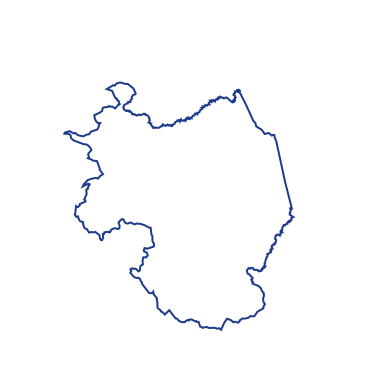 outline of Chon Daen, Phetchabun, Thailand, rotated 136°
{"feature_id": "78962969B86434442004691", "entity_name": "Chon Daen", "entity_type": "district", "adm_level": 2, "iso_a3": "THA", "parent_name": "Thailand", "parent_adm1": "Phetchabun", "projection": "orthographic", "projection_center": [100.793, 16.112], "detail": "fine", "context": "isolated", "style": "outline", "palette": "blue", "viewbox_px": 384, "rotation_deg": 136, "n_neighbors": 0, "source": "geoboundaries", "source_scale": "gbopen_adm2", "svg_char_len": 6034}
<svg xmlns="http://www.w3.org/2000/svg" viewBox="0 0 384 384"><g transform="rotate(136 192 192)"><path d="M243.3,322.6L240.7,320.0L240.0,318.2L240.0,317.1L241.5,314.9L241.4,311.4L236.9,302.0L234.7,299.1L234.3,296.8L234.6,293.5L235.2,292.1L239.7,291.7L240.9,290.8L241.9,288.5L243.4,288.5L241.6,285.0L241.6,283.7L238.9,280.2L242.2,272.7L242.9,272.4L243.7,266.6L246.5,267.3L250.3,267.0L251.1,268.7L254.5,271.0L258.8,273.0L264.6,272.7L266.8,271.9L260.9,270.1L260.3,268.6L263.9,267.6L264.5,266.6L266.5,267.1L269.2,263.7L274.8,261.5L274.5,259.9L275.2,259.1L281.1,261.3L282.0,260.4L284.3,260.4L284.9,260.9L285.2,262.4L290.8,257.7L292.1,257.2L292.5,254.6L290.9,253.5L292.0,252.0L292.8,248.9L291.3,246.0L292.5,244.9L294.4,240.7L293.4,238.4L294.2,234.2L292.4,233.3L290.4,230.9L289.3,230.5L288.5,225.4L290.6,222.3L290.8,220.5L290.2,219.8L287.7,220.8L285.3,223.7L284.4,222.9L283.0,223.8L280.2,221.9L279.2,220.0L278.0,220.1L277.2,221.0L274.6,220.6L272.4,219.3L271.1,216.9L269.5,216.4L267.6,217.9L265.9,221.2L261.5,221.3L260.3,219.9L261.2,217.7L261.3,215.5L260.2,214.0L257.3,212.7L255.8,208.6L253.9,207.9L251.2,204.9L249.2,201.1L247.6,196.1L246.6,195.0L250.8,189.4L251.2,187.6L254.4,184.4L255.3,181.1L257.3,179.3L263.5,182.2L265.0,184.5L265.6,183.9L266.8,184.0L267.8,182.4L266.6,179.7L267.9,177.1L270.4,176.8L271.8,178.5L272.9,178.7L276.0,176.3L277.4,174.1L280.4,174.6L284.2,171.8L285.6,172.0L285.9,176.2L287.6,177.5L288.4,178.9L290.1,179.1L290.6,177.3L292.5,176.7L292.7,170.9L291.6,168.8L290.1,167.4L289.9,165.3L290.9,163.1L290.8,161.9L291.8,160.3L293.0,149.0L290.8,146.8L289.1,147.2L290.6,144.9L291.0,139.9L291.9,139.4L293.4,136.8L297.0,133.1L297.3,131.4L296.8,129.0L297.3,127.5L296.6,125.7L296.7,122.7L290.5,122.8L291.6,112.3L290.6,111.2L291.0,109.1L290.1,106.1L288.1,103.7L284.6,103.2L283.4,102.4L283.4,101.8L282.5,102.0L280.7,100.4L279.5,96.4L278.6,96.1L278.5,94.9L277.5,94.0L279.6,89.5L278.8,88.2L278.8,87.0L275.3,84.9L274.3,82.5L269.9,78.4L268.9,76.2L267.2,75.3L266.8,72.7L260.0,75.4L254.8,76.5L252.9,72.5L252.8,69.6L251.4,69.1L249.8,66.2L247.9,65.8L247.1,66.6L245.6,66.1L244.2,66.3L241.3,63.8L238.2,62.2L236.1,62.2L234.4,59.9L233.4,59.4L228.1,60.4L221.5,58.8L220.2,59.9L217.4,60.7L217.0,63.2L215.0,65.9L211.9,67.6L211.5,69.0L210.6,69.3L210.3,72.9L209.3,74.7L209.4,78.2L212.1,84.0L210.7,84.6L211.1,85.7L210.1,86.8L210.3,87.7L208.3,87.8L207.9,88.5L208.3,91.5L207.8,92.7L208.7,94.7L206.9,97.6L204.1,97.9L203.6,96.5L202.7,96.7L201.6,96.0L201.5,94.8L200.9,94.4L201.4,92.7L199.3,90.9L199.2,88.9L198.5,88.9L198.6,88.2L197.6,87.4L195.8,87.9L195.9,87.2L195.3,87.3L193.9,87.7L193.7,88.3L192.9,88.1L192.6,87.3L191.5,87.3L190.8,87.5L191.2,88.7L190.6,88.6L189.4,90.2L188.8,90.1L186.5,91.8L184.5,92.5L184.2,93.1L182.1,93.5L180.9,95.1L180.1,94.3L178.2,94.5L177.1,93.8L176.1,95.8L175.4,95.9L175.1,95.1L173.8,96.2L173.3,95.5L172.1,97.9L170.4,97.8L169.7,97.0L168.4,97.9L167.8,97.0L164.8,99.0L164.8,100.6L162.4,102.3L161.7,102.0L161.1,102.5L159.7,101.7L159.2,100.0L158.8,100.6L157.6,99.9L156.2,101.6L155.3,100.7L155.4,101.8L154.4,101.6L154.4,102.5L153.2,102.3L151.3,103.9L150.0,103.8L149.0,104.5L148.1,103.4L147.5,103.8L145.4,102.9L145.1,103.6L144.0,103.8L142.7,102.5L141.6,102.7L141.8,103.6L139.8,102.8L138.8,104.2L136.5,103.6L137.4,107.8L136.1,109.1L135.7,108.8L134.3,110.1L133.3,110.3L132.7,112.1L132.0,111.9L131.6,111.0L130.8,112.2L118.2,134.3L96.1,170.0L94.7,173.6L93.3,175.5L93.5,176.4L95.4,177.2L95.8,181.1L99.4,183.3L98.6,188.2L100.2,194.5L98.4,197.8L98.5,200.4L92.4,217.6L88.7,229.7L89.3,231.6L88.6,231.0L87.3,231.3L87.9,232.6L86.7,233.5L87.6,233.2L89.0,234.1L89.8,233.5L91.3,234.5L92.4,233.2L93.5,233.7L94.7,233.1L94.3,230.9L96.0,229.9L95.6,229.5L96.7,229.3L97.0,228.3L97.9,227.9L98.1,228.4L98.7,228.0L98.7,229.2L99.2,229.2L99.4,228.1L99.9,228.1L100.3,228.9L100.8,228.7L101.4,235.7L102.0,236.5L104.1,237.1L104.5,239.2L105.6,239.8L105.5,240.8L106.4,240.6L106.8,241.3L107.4,241.0L107.6,241.6L108.7,240.7L109.3,241.6L109.9,241.2L110.7,242.0L112.5,241.1L112.6,242.9L113.4,242.6L113.8,244.1L114.8,243.5L114.6,244.2L115.5,245.2L116.0,243.7L116.7,244.4L118.2,244.4L118.7,242.9L119.3,243.7L121.0,243.6L121.8,245.2L122.3,244.6L123.3,245.1L123.9,244.7L124.8,246.1L125.3,245.0L126.5,245.7L126.4,244.9L128.0,244.7L129.0,245.3L131.4,244.2L132.8,245.1L134.0,244.3L133.9,245.3L134.4,245.2L135.1,246.1L135.7,245.5L136.6,246.1L137.6,245.5L138.3,246.1L140.3,245.9L140.9,245.3L141.1,245.8L142.2,245.8L142.6,246.7L142.2,247.4L143.2,248.4L143.8,247.0L144.9,248.5L146.1,248.0L145.6,248.8L148.1,248.6L148.2,249.4L149.3,249.7L149.8,251.0L149.5,251.7L151.0,251.2L150.5,251.8L151.3,252.0L151.0,252.6L152.7,253.5L152.8,252.8L155.4,253.9L157.1,253.2L159.5,254.0L159.6,253.3L160.4,253.2L160.8,253.7L160.2,253.9L161.2,254.2L160.9,254.8L161.3,255.4L162.6,256.0L162.6,257.2L163.3,257.0L164.0,257.9L165.4,258.1L166.0,260.9L167.8,260.2L168.0,260.7L170.5,260.9L173.0,262.7L173.3,263.8L175.2,264.7L175.5,265.6L174.7,266.2L175.0,267.2L174.5,270.4L174.0,270.3L174.8,271.9L174.2,271.8L173.0,273.1L172.3,273.0L171.7,274.9L171.1,275.0L170.7,278.1L171.9,279.9L171.3,280.6L172.4,281.9L174.2,282.2L176.3,283.9L176.2,284.4L178.9,285.6L179.3,287.9L180.3,288.3L180.9,289.6L180.3,289.8L180.4,293.2L181.1,293.0L181.5,294.1L181.2,294.5L182.7,295.6L182.3,296.0L183.3,296.8L183.6,298.4L182.9,300.4L182.1,300.5L181.0,301.7L177.4,301.0L176.8,300.4L175.3,301.2L174.6,299.9L173.6,299.6L172.7,300.7L170.4,300.7L169.6,302.1L166.8,302.7L165.8,301.9L164.3,301.8L163.9,302.3L162.2,307.1L163.1,314.1L165.8,317.4L166.6,319.5L168.8,321.5L171.2,322.5L173.6,322.2L174.6,323.6L181.8,325.2L179.2,320.2L181.6,313.9L181.8,312.4L181.3,312.0L181.3,310.8L182.1,310.0L181.5,308.4L182.8,306.6L183.0,304.6L183.3,305.5L184.5,305.9L189.2,305.5L190.1,309.0L191.4,309.9L192.0,311.5L193.5,311.7L197.1,314.4L199.1,313.8L200.2,312.7L203.4,313.2L209.0,315.1L211.0,312.2L211.9,309.4L211.7,306.9L210.2,305.4L212.6,304.9L213.9,303.6L216.8,302.8L222.7,305.6L225.8,305.0L228.3,306.6L231.5,307.5L234.0,311.1L234.9,313.5L234.9,315.5L236.4,316.3L237.8,320.8L242.3,323.1L243.3,322.6Z" fill="none" stroke="#1e3a8a" stroke-width="2"/></g></svg>